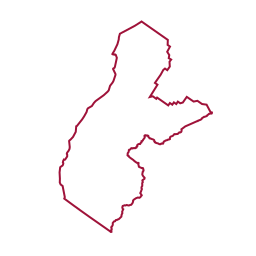 the district of Curry, Oregon, United States of America, rotated 35°
{"feature_id": "52423323B63196257632244", "entity_name": "Curry", "entity_type": "district", "adm_level": 2, "iso_a3": "USA", "parent_name": "United States of America", "parent_adm1": "Oregon", "projection": "orthographic", "projection_center": [-123.977, 42.475], "detail": "fine", "context": "isolated", "style": "outline", "palette": "rose", "viewbox_px": 256, "rotation_deg": 35, "n_neighbors": 0, "source": "geoboundaries", "source_scale": "gbopen_adm2", "svg_char_len": 5607}
<svg xmlns="http://www.w3.org/2000/svg" viewBox="0 0 256 256"><g transform="rotate(35 128 128)"><path d="M78.0,33.0L77.8,33.6L75.0,40.3L67.3,55.4L68.5,58.9L69.6,60.7L71.3,65.5L72.5,72.7L72.7,76.0L72.8,76.4L73.3,76.4L74.9,75.7L75.0,75.2L76.0,75.1L78.6,76.9L82.2,85.4L82.4,86.4L81.8,87.8L81.9,88.2L86.8,91.0L87.3,91.7L89.1,97.8L89.3,99.6L89.1,103.7L90.6,108.2L90.5,109.8L89.3,115.1L86.0,124.6L85.7,127.1L85.8,130.7L83.9,134.8L83.9,135.9L84.9,138.7L85.4,143.7L85.5,147.3L85.2,152.3L85.0,155.7L84.6,156.3L87.4,161.1L88.1,166.9L87.6,170.4L87.2,171.7L87.2,172.4L91.2,177.0L92.1,178.7L92.4,180.7L92.3,183.1L92.5,183.8L92.7,184.3L93.5,184.7L94.5,186.2L94.6,189.9L94.1,190.6L93.6,190.6L93.7,191.9L94.4,193.6L95.2,193.9L95.8,195.3L95.9,196.3L95.0,198.7L95.1,199.3L97.4,203.6L101.3,208.6L103.4,211.8L105.2,212.9L107.7,213.0L115.9,220.9L116.3,222.4L128.9,222.7L132.6,222.7L132.7,222.8L134.5,222.7L134.7,222.8L147.3,222.9L171.9,222.9L173.6,223.0L173.7,222.9L174.0,222.6L173.7,222.1L173.0,221.7L172.7,220.9L172.9,220.6L172.6,220.1L172.3,219.8L171.4,219.2L171.1,218.3L171.4,217.9L171.1,216.1L170.0,214.6L170.1,212.6L170.9,211.7L170.8,210.5L171.3,209.9L171.8,209.5L172.1,208.7L172.6,208.2L172.8,207.6L173.2,205.5L173.4,204.4L172.5,202.7L172.2,200.9L171.3,200.1L170.9,198.5L170.7,197.3L170.0,197.3L168.8,196.2L168.4,194.9L169.6,193.2L170.4,192.9L171.1,191.8L172.0,191.5L172.7,191.3L173.1,190.9L173.4,190.7L173.9,189.8L174.7,189.0L174.7,188.2L174.8,187.2L174.4,185.4L173.8,184.6L173.8,183.6L174.8,181.0L176.0,179.2L177.2,178.8L177.8,177.7L177.8,177.1L177.7,176.3L177.9,175.6L177.9,175.3L177.6,175.1L177.1,174.9L176.4,174.7L175.4,174.3L175.2,173.4L175.1,172.5L174.8,171.7L174.4,170.0L173.8,169.8L173.3,169.2L173.0,168.6L172.9,167.2L172.3,166.5L172.0,165.9L171.5,165.4L171.2,164.9L171.2,163.9L170.5,163.2L170.0,163.0L169.8,162.3L170.1,161.7L170.6,160.1L170.1,159.2L168.5,158.9L167.2,158.4L166.3,157.8L166.1,157.3L165.7,156.7L165.6,156.1L165.2,155.6L165.3,154.6L165.0,153.7L164.7,153.7L164.4,153.3L164.2,153.0L163.5,152.4L163.1,152.3L162.5,152.7L162.2,153.0L161.7,153.0L161.4,153.1L160.4,153.3L159.8,153.5L159.5,153.5L159.2,153.5L158.7,153.1L158.1,152.4L157.5,152.1L157.0,151.6L156.9,150.8L156.7,150.6L156.3,150.7L155.9,151.0L155.6,151.2L155.0,151.5L154.3,151.4L153.4,151.5L152.4,151.3L151.9,151.4L151.1,151.2L150.5,151.1L149.8,151.2L149.2,151.1L148.2,151.2L147.6,151.1L147.1,151.1L146.1,151.1L145.4,151.0L144.9,150.8L144.5,150.5L143.9,150.8L143.3,150.7L143.1,150.4L143.0,150.0L142.7,149.6L142.5,149.3L142.3,149.0L142.2,148.6L142.3,147.8L142.2,147.2L142.0,146.8L141.8,146.3L141.7,146.0L141.4,145.7L141.4,145.3L141.6,145.2L141.9,144.8L142.0,144.5L142.0,144.2L142.1,143.9L142.2,143.6L142.2,143.0L142.3,142.6L142.6,142.4L143.0,142.4L143.4,142.2L143.5,141.8L143.7,141.5L143.9,141.4L144.3,141.3L144.6,140.9L144.9,140.8L145.1,140.5L145.5,140.4L145.7,139.9L146.1,139.4L146.2,139.1L146.1,138.7L145.9,138.6L145.7,138.5L145.8,137.9L146.0,137.4L145.4,136.8L145.5,135.9L145.9,135.1L146.6,134.5L147.1,134.2L147.1,133.7L146.9,133.2L147.0,132.7L147.3,132.1L147.1,131.8L146.6,131.1L146.9,130.6L147.1,130.5L147.3,129.7L147.1,128.9L147.2,127.5L147.2,126.3L146.8,125.7L146.4,125.3L146.1,125.2L145.9,124.8L146.1,124.2L146.4,123.9L146.8,123.8L147.3,123.8L147.5,123.6L147.6,123.3L147.8,123.1L148.3,123.1L148.7,123.0L148.9,122.8L149.1,122.8L149.3,122.9L149.4,123.1L149.4,123.4L149.9,123.6L150.5,123.7L150.9,123.8L151.2,123.9L151.6,124.1L152.1,123.7L152.7,123.7L153.1,123.5L153.4,123.5L153.8,123.4L154.1,123.3L154.7,123.1L155.2,123.0L155.6,122.9L156.2,122.9L156.5,123.0L156.8,123.2L157.0,123.5L157.2,123.9L157.6,123.9L157.8,123.9L157.8,124.1L158.2,124.3L158.6,124.1L159.2,124.2L159.5,124.0L160.0,124.0L160.3,123.8L160.8,123.7L161.3,123.4L161.9,123.4L162.4,123.3L162.8,123.3L163.2,123.1L163.5,123.0L163.7,122.6L164.0,122.5L164.1,122.2L164.2,121.9L164.2,121.7L164.4,121.5L164.9,121.3L165.0,121.0L164.9,120.9L165.1,120.7L165.3,120.6L165.6,120.6L165.6,120.3L165.5,120.1L165.5,119.8L165.4,119.5L165.2,119.2L165.2,118.9L165.2,118.3L165.4,118.1L165.6,117.8L165.7,117.2L166.0,116.8L166.1,116.5L166.6,116.0L166.9,115.6L167.1,115.4L167.1,115.0L167.4,114.7L167.6,114.5L167.9,114.2L168.0,113.9L168.4,113.6L168.7,113.1L168.4,112.6L168.1,112.2L168.0,111.9L167.8,111.4L167.8,111.0L167.9,110.7L168.2,110.1L168.6,109.7L168.8,109.3L169.0,108.9L169.3,108.4L169.3,108.0L169.4,107.6L169.4,107.3L169.4,107.1L169.4,106.6L169.7,106.2L170.0,106.0L170.2,105.9L170.6,105.8L171.0,105.3L171.4,105.0L171.6,104.8L172.0,104.5L172.2,104.2L172.2,103.6L172.4,103.1L172.5,102.5L172.5,102.2L172.8,101.9L173.2,101.8L173.5,101.5L173.6,101.1L173.8,100.8L173.8,100.5L173.6,99.8L173.2,99.1L172.9,98.7L172.5,98.4L174.0,93.8L176.2,90.2L180.3,83.4L180.4,83.2L180.8,82.6L181.1,82.4L181.1,82.2L181.2,81.8L181.4,81.7L181.6,81.4L181.8,80.8L182.0,80.6L182.2,80.3L182.4,80.1L182.5,80.0L182.6,79.7L182.8,79.4L182.9,79.1L183.1,78.7L183.1,78.3L183.0,78.1L183.0,77.8L183.0,77.5L183.1,77.3L183.2,77.0L183.3,76.8L183.4,76.5L183.6,76.0L183.7,75.7L183.9,75.2L184.2,75.1L184.5,74.7L184.7,74.3L185.1,73.9L185.3,73.5L185.7,73.0L185.6,72.2L185.8,71.7L186.0,71.1L186.1,70.5L186.2,70.0L186.6,69.7L186.8,69.3L187.0,68.9L187.4,68.8L187.9,68.5L188.2,68.2L188.1,67.6L188.3,67.2L188.6,66.9L186.4,67.6L179.0,63.8L174.9,65.9L169.3,65.9L166.6,68.7L158.3,68.8L158.3,75.7L156.6,77.8L153.7,77.8L153.8,80.7L150.9,80.7L150.9,83.5L148.0,83.5L148.0,86.4L134.4,86.4L134.4,87.9L130.1,87.8L128.1,90.1L127.3,75.6L124.2,75.6L124.2,65.7L123.6,60.2L124.2,58.1L127.0,58.1L127.0,53.7L124.0,49.9L124.1,47.2L121.3,47.4L120.0,44.6L116.4,43.1L115.7,37.2L112.8,37.2L110.1,33.0L78.0,33.0Z" fill="none" stroke="#9f1239" stroke-width="2"/></g></svg>